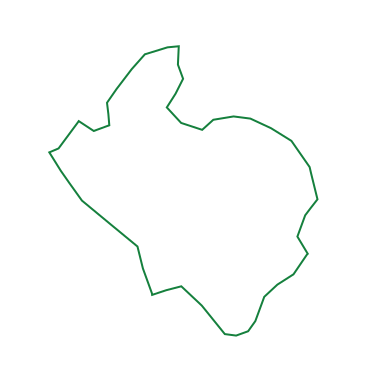 SVG path tracing the border of Kolašin, rotated 221°
{"feature_id": "MNE-1512", "entity_name": "Kolašin", "entity_type": "Municipality", "adm_level": 1, "iso_a3": "MNE", "parent_name": "Montenegro", "parent_adm1": "", "projection": "albers", "projection_center": [19.443, 42.798], "detail": "fine", "context": "isolated", "style": "outline", "palette": "green", "viewbox_px": 384, "rotation_deg": 221, "n_neighbors": 0, "source": "natural_earth", "source_scale": "10m", "svg_char_len": 773}
<svg xmlns="http://www.w3.org/2000/svg" viewBox="0 0 384 384"><g transform="rotate(221 192 192)"><path d="M64.1,221.3L64.2,220.1L61.4,196.5L66.8,178.1L68.7,160.3L63.1,145.6L59.5,136.1L58.3,123.7L64.5,112.6L74.0,106.3L110.1,112.7L138.2,113.8L147.0,101.0L154.6,88.2L155.7,89.2L178.9,102.1L197.4,115.1L232.0,114.2L269.4,113.3L290.0,118.2L304.8,121.9L325.7,128.3L321.3,137.3L323.8,169.5L324.0,171.2L306.2,173.6L298.2,188.1L306.3,196.0L314.7,203.6L316.5,220.2L318.1,245.2L317.9,265.0L305.4,285.1L297.6,293.3L286.2,278.9L273.0,271.6L268.9,255.4L266.5,239.3L245.5,237.0L225.1,245.6L223.3,260.5L210.2,276.3L196.1,285.7L174.2,292.0L150.5,295.8L119.6,288.0L114.5,284.3L92.5,268.8L91.9,257.5L91.3,248.7L83.2,227.5L64.1,221.3Z" fill="none" stroke="#15803d" stroke-width="2"/></g></svg>